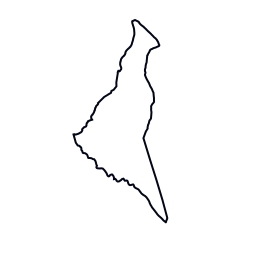 Alajuelita, San José, Costa Rica, rotated 163°
{"feature_id": "36466004B46063821008241", "entity_name": "Alajuelita", "entity_type": "district", "adm_level": 2, "iso_a3": "CRI", "parent_name": "Costa Rica", "parent_adm1": "San José", "projection": "equal_earth", "projection_center": [-84.116, 9.889], "detail": "fine", "context": "isolated", "style": "outline", "palette": "ink", "viewbox_px": 256, "rotation_deg": 163, "n_neighbors": 0, "source": "geoboundaries", "source_scale": "gbopen_adm2", "svg_char_len": 5599}
<svg xmlns="http://www.w3.org/2000/svg" viewBox="0 0 256 256"><g transform="rotate(163 128 128)"><path d="M117.0,29.8L116.7,31.0L116.1,48.8L116.0,69.8L116.2,91.3L116.2,113.8L112.0,119.4L109.4,121.7L109.0,123.1L108.1,124.7L108.0,124.8L107.7,125.4L107.0,126.0L105.7,128.2L105.2,128.9L105.0,129.1L104.1,129.6L103.2,130.5L101.8,134.0L101.6,134.5L101.4,135.1L101.1,135.8L100.9,136.4L100.7,138.0L100.4,139.2L100.3,139.4L100.2,139.8L99.9,140.5L99.6,141.9L99.4,142.2L98.1,143.5L97.1,144.2L96.6,144.4L95.9,145.1L95.5,145.3L95.3,145.9L94.9,147.5L94.3,149.4L94.1,150.8L93.3,154.5L93.5,155.3L93.8,158.4L93.9,158.7L93.9,159.0L94.1,159.6L94.2,160.2L94.5,161.2L94.6,162.5L94.7,163.3L94.8,164.9L94.9,165.1L94.9,165.3L95.1,165.8L95.2,166.7L95.5,167.4L95.5,167.8L95.8,169.2L96.0,170.3L96.0,170.9L96.2,172.1L96.2,172.7L96.3,173.7L96.1,174.2L95.6,174.9L95.1,175.9L95.1,177.7L95.0,178.0L94.8,178.6L94.5,179.3L94.2,179.8L93.7,180.3L93.4,181.1L93.0,182.1L92.7,182.9L92.5,183.1L91.9,184.2L91.6,184.5L91.2,185.0L91.0,185.4L88.4,191.7L88.2,191.7L87.8,192.0L87.5,192.5L86.9,193.2L85.6,194.3L84.7,195.4L84.4,195.6L83.9,196.2L83.7,196.2L83.1,196.5L81.5,196.6L81.1,196.8L80.6,196.8L80.3,196.9L77.6,196.9L76.7,197.1L75.4,197.2L75.3,197.3L74.6,197.3L74.4,197.5L74.1,197.6L73.9,197.9L73.8,198.2L74.0,199.2L74.1,201.7L74.5,202.9L74.5,203.3L74.7,203.6L74.7,204.0L75.6,205.9L76.4,207.0L76.9,208.0L77.0,208.2L77.1,208.3L77.2,208.7L77.5,209.3L77.7,209.6L78.3,210.7L78.5,211.3L78.7,211.6L79.3,212.6L79.4,212.9L79.8,213.3L79.9,213.7L80.6,214.7L80.8,215.3L81.1,215.7L81.6,216.7L81.7,216.8L81.9,217.4L82.2,217.8L82.3,218.0L83.5,220.1L83.5,220.3L83.7,220.5L84.3,221.3L84.7,221.8L84.8,221.9L85.0,222.3L85.2,222.5L85.8,223.6L86.0,223.8L86.1,224.2L86.2,224.4L86.3,224.8L86.5,225.0L86.5,225.6L86.6,226.0L86.8,226.2L86.8,226.4L86.9,226.6L89.7,229.2L90.4,229.2L90.5,229.1L91.6,229.0L91.7,228.9L92.3,228.9L92.8,228.8L92.9,228.4L93.0,228.2L93.2,226.9L93.2,223.7L93.2,223.3L93.2,221.8L93.3,220.7L94.1,217.1L94.7,215.3L97.2,211.4L97.3,211.0L98.0,209.9L98.5,209.2L98.7,208.9L99.0,208.6L99.9,207.0L100.4,206.5L100.6,206.2L101.0,205.8L101.6,205.4L102.1,204.9L102.3,204.9L102.7,204.6L103.0,204.6L103.4,204.3L104.0,203.9L104.5,203.8L106.9,202.5L107.9,201.6L108.3,201.1L108.3,200.9L108.6,200.3L108.8,200.2L108.9,199.9L109.0,199.8L109.2,199.4L109.5,199.1L110.3,198.5L110.7,198.3L110.8,198.3L110.9,198.1L112.6,197.4L113.1,196.9L113.4,196.8L113.9,196.4L114.5,195.8L115.2,194.7L115.2,194.4L115.3,194.3L115.9,193.4L116.1,193.3L116.1,193.2L116.6,192.1L116.9,191.0L117.0,190.8L117.0,190.7L117.0,189.2L116.9,189.0L116.9,187.3L117.1,186.7L117.4,186.2L119.2,184.8L119.5,184.7L119.8,185.1L120.2,185.4L120.5,185.5L121.1,184.9L121.5,184.3L121.6,184.2L121.6,183.7L125.8,175.1L126.9,171.2L130.6,168.7L133.0,168.3L134.0,166.6L141.6,164.7L149.4,160.6L149.3,160.2L149.6,159.7L150.0,159.4L150.7,158.9L151.2,158.8L151.6,158.5L151.9,158.4L152.1,158.1L152.4,157.8L152.7,157.3L153.0,157.1L153.2,156.9L153.6,156.6L153.6,156.4L153.7,156.1L154.2,155.6L154.3,155.0L154.7,154.6L154.9,154.4L155.0,154.2L155.3,154.1L155.4,153.7L155.8,153.2L156.0,152.9L156.3,152.7L156.5,152.4L156.8,152.2L157.4,151.6L157.8,151.3L158.0,151.3L158.2,151.0L158.8,150.8L159.5,150.2L159.8,149.8L159.9,149.7L159.9,149.3L160.3,148.4L160.3,147.5L160.1,147.0L159.8,146.6L159.8,146.4L162.8,146.4L163.1,146.3L163.2,146.2L164.1,146.2L164.2,145.9L164.5,145.8L164.6,145.6L165.2,145.3L165.4,145.0L165.7,145.0L166.1,144.6L166.2,144.3L166.5,143.9L166.7,143.5L166.9,142.7L167.5,142.0L167.6,141.8L170.0,141.5L170.2,141.3L170.5,141.2L170.8,141.0L171.8,140.5L172.2,140.1L172.4,139.7L172.4,139.1L172.6,138.8L172.8,138.6L173.1,138.4L173.6,137.9L174.2,137.6L174.7,137.6L175.6,137.3L176.0,137.3L176.4,137.1L177.0,137.1L177.3,137.0L179.9,137.0L180.4,137.1L180.6,137.4L181.0,137.5L181.6,137.7L181.6,137.8L182.0,137.8L182.2,129.2L181.2,126.0L179.6,125.1L179.6,124.7L179.0,123.7L178.6,123.3L178.5,123.1L178.6,122.0L178.9,121.1L179.0,120.7L178.5,119.4L178.5,117.6L178.2,117.2L177.8,117.0L176.7,116.6L176.1,116.1L175.6,115.5L175.5,115.2L175.0,114.6L174.8,113.6L174.8,111.6L174.7,111.0L174.1,110.7L173.0,110.4L172.6,110.1L172.0,109.9L171.7,109.7L171.1,109.0L171.0,108.9L170.6,108.5L170.4,108.4L169.7,108.1L169.4,107.9L169.2,107.2L169.1,106.6L168.9,106.4L168.8,105.9L168.8,104.0L168.9,103.0L168.9,101.6L168.7,101.0L169.7,99.8L169.6,99.0L169.4,98.7L169.0,98.4L167.0,97.6L166.3,97.4L165.9,97.4L165.1,97.2L163.9,96.5L163.6,95.9L163.5,95.6L163.1,95.0L162.4,93.2L161.7,90.9L161.5,88.5L161.0,87.7L160.7,87.4L159.9,87.4L158.9,88.2L158.5,88.3L156.9,88.3L156.8,88.2L156.6,87.9L156.5,87.6L156.3,87.2L156.0,86.3L155.9,84.5L156.0,84.4L156.4,83.2L155.0,83.0L154.6,82.2L154.4,81.7L154.4,81.2L154.3,80.9L153.8,80.1L153.5,79.8L153.1,79.7L152.0,79.6L150.7,80.0L150.1,80.1L148.7,80.9L147.2,80.9L147.1,80.7L146.9,80.3L146.9,79.9L146.8,79.7L146.7,79.1L146.5,78.6L146.2,78.5L145.9,78.5L145.6,78.3L144.7,78.2L144.1,77.8L144.0,77.6L143.9,77.0L143.9,74.7L143.6,73.7L143.4,73.3L143.1,73.0L142.8,72.8L141.9,72.6L139.7,72.6L139.2,71.7L139.2,70.2L139.2,69.9L138.8,69.1L138.6,68.9L138.3,68.4L137.5,67.7L136.0,66.2L135.6,65.3L135.4,64.6L135.2,64.2L134.9,63.1L134.7,62.9L134.4,61.7L134.0,61.0L133.4,60.3L133.2,59.8L133.0,59.6L131.5,57.9L131.4,57.7L130.8,56.7L130.3,55.5L129.4,52.5L129.2,51.4L129.2,50.4L129.1,49.4L128.9,47.9L128.5,46.5L128.3,45.3L125.8,38.8L125.1,36.7L124.1,34.7L123.4,33.7L123.0,32.9L122.5,32.3L122.3,31.7L122.2,31.6L122.1,31.3L121.7,30.8L121.5,30.0L120.9,28.9L119.7,27.4L119.7,27.1L119.4,26.8L119.2,26.9L118.9,27.4L118.6,28.0L118.4,28.1L118.2,28.4L117.6,29.1L117.5,29.4L117.3,29.5L117.0,29.8Z" fill="none" stroke="#020617" stroke-width="2"/></g></svg>